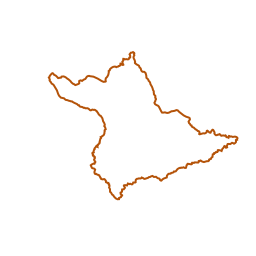 San Francisco, Putumayo, Colombia (Equal Earth projection), rotated 308°
{"feature_id": "7082276B24911475844532", "entity_name": "San Francisco", "entity_type": "district", "adm_level": 2, "iso_a3": "COL", "parent_name": "Colombia", "parent_adm1": "Putumayo", "projection": "equal_earth", "projection_center": [-76.835, 1.148], "detail": "fine", "context": "isolated", "style": "outline", "palette": "amber", "viewbox_px": 256, "rotation_deg": 308, "n_neighbors": 0, "source": "geoboundaries", "source_scale": "gbopen_adm2", "svg_char_len": 5893}
<svg xmlns="http://www.w3.org/2000/svg" viewBox="0 0 256 256"><g transform="rotate(308 128 128)"><path d="M75.7,121.6L74.4,124.0L74.4,124.6L75.2,126.5L75.0,127.7L72.9,128.5L72.2,129.0L71.6,130.0L71.6,130.6L72.2,131.0L72.4,132.8L72.7,133.2L73.0,134.5L72.7,134.8L72.3,136.2L71.8,136.7L71.8,137.6L71.3,138.3L72.0,139.8L72.7,140.3L73.1,140.7L73.2,141.2L72.8,143.0L71.8,143.9L71.8,144.4L72.1,144.8L72.1,146.0L72.6,146.4L72.1,147.0L72.1,147.8L71.9,148.0L71.4,148.0L71.1,149.0L70.4,149.4L69.5,149.7L68.7,151.5L66.7,153.1L66.6,153.6L66.7,154.3L65.8,156.4L65.9,158.0L65.4,158.9L65.0,161.7L65.4,163.6L66.4,164.7L67.3,164.0L69.2,165.0L70.0,164.6L71.1,165.0L71.4,164.8L71.5,162.8L72.5,161.9L73.5,162.4L74.2,162.4L75.9,161.2L77.1,162.4L79.0,162.4L79.9,160.3L80.5,160.2L81.5,161.3L82.1,162.6L84.2,162.1L84.6,163.6L85.4,164.0L85.9,165.7L86.4,166.1L88.3,165.7L89.4,167.2L90.0,167.4L90.5,166.9L92.1,166.0L93.4,166.3L94.2,167.1L94.9,167.5L95.9,168.9L96.8,169.4L97.4,169.3L97.8,170.7L97.9,172.1L98.3,172.6L101.1,174.5L102.1,174.7L103.1,175.6L104.0,175.9L105.3,176.8L105.4,178.6L106.8,180.1L106.7,182.2L107.4,183.8L107.2,184.6L106.7,185.4L106.8,186.3L107.1,186.7L108.7,186.8L110.2,187.3L112.9,189.0L114.5,188.0L116.8,188.1L118.3,189.7L119.2,189.7L120.3,190.7L121.1,191.1L122.1,191.0L122.4,191.6L123.3,192.3L126.1,192.3L127.5,192.8L128.8,193.6L129.0,194.2L129.6,194.4L130.3,195.4L131.2,195.9L131.6,197.6L132.4,198.2L134.7,197.1L135.7,197.3L136.2,197.0L136.6,197.1L138.3,200.2L138.9,200.5L139.6,199.9L140.1,199.9L141.1,201.5L141.7,201.5L142.1,201.9L144.0,204.6L144.5,204.7L145.5,204.1L146.2,204.9L146.9,205.0L147.1,205.2L147.2,207.1L147.9,208.8L150.3,210.5L151.2,211.6L152.3,211.9L152.9,211.4L153.4,211.4L154.7,212.4L156.0,212.0L157.2,212.4L159.4,211.0L160.5,211.8L161.2,211.3L162.3,212.2L163.0,212.0L164.1,213.2L165.0,213.1L165.5,212.5L165.8,212.4L166.4,213.0L167.3,214.8L167.5,215.9L169.7,215.2L170.9,215.4L173.1,215.1L173.2,215.5L172.8,217.4L173.8,218.0L174.8,216.7L175.4,216.8L176.7,216.4L177.5,217.2L178.3,218.5L180.4,219.1L180.8,220.2L180.9,221.2L182.2,221.7L183.5,221.7L185.0,220.4L185.3,220.4L185.9,221.2L186.2,220.9L187.3,220.6L187.6,220.2L187.7,219.1L187.1,217.6L185.4,216.0L185.1,214.8L184.1,213.8L184.2,213.0L183.9,212.4L183.5,212.4L182.2,213.1L182.1,212.4L181.4,211.2L182.2,209.8L182.2,209.3L181.3,208.8L180.8,207.6L179.3,206.3L179.6,204.3L179.5,203.9L178.7,203.7L178.4,203.1L177.2,202.5L176.5,201.8L176.5,200.3L176.9,199.4L177.7,199.0L178.1,198.4L178.9,196.4L178.8,195.8L178.5,195.6L176.8,195.6L175.1,195.9L174.6,195.0L174.8,192.7L174.7,192.1L174.2,191.9L173.2,192.5L172.2,192.4L170.9,191.8L170.1,190.5L167.2,188.4L167.1,187.8L168.7,187.0L169.0,186.3L169.0,185.5L168.6,184.8L168.8,183.0L168.5,182.1L168.8,179.7L168.4,178.0L168.5,177.2L169.1,176.6L168.9,176.1L168.9,175.3L169.4,174.2L169.4,173.2L170.3,171.8L172.9,171.5L173.7,170.6L173.7,169.6L172.7,166.9L172.2,164.1L172.2,158.5L172.5,156.3L171.9,155.1L170.3,154.2L168.6,152.7L168.0,152.0L165.5,150.9L164.3,150.0L163.6,148.9L163.1,147.5L161.8,146.3L161.1,145.4L161.5,144.1L163.9,139.0L164.0,137.8L163.6,136.2L163.5,135.1L163.5,134.6L164.1,133.3L166.1,132.9L166.7,132.5L167.8,132.4L168.3,131.9L168.6,130.8L169.2,130.6L170.2,129.6L170.1,129.3L170.6,127.6L171.4,127.0L171.6,126.6L172.8,125.7L173.4,124.2L174.3,123.1L175.3,121.4L176.4,118.6L177.0,118.0L177.5,117.2L177.8,116.3L177.9,115.2L178.7,114.0L178.9,111.6L180.5,110.2L182.1,108.1L182.3,106.3L181.3,104.9L181.2,103.9L181.7,102.7L182.7,101.4L182.9,100.5L182.8,99.9L183.8,98.3L183.7,97.2L183.4,95.7L183.4,93.6L183.6,93.3L184.4,93.0L185.6,91.4L186.3,89.8L187.0,88.9L187.9,88.4L189.1,88.3L189.9,87.2L190.5,87.2L191.0,86.6L190.9,85.2L189.9,84.8L189.1,83.9L187.0,83.9L186.4,85.1L185.1,86.2L184.9,86.3L184.2,85.7L183.2,86.1L182.5,86.1L181.7,85.3L181.4,84.5L180.2,83.3L180.0,82.3L179.6,81.7L179.2,81.9L179.1,82.4L177.7,82.8L176.8,82.7L175.5,84.2L175.2,85.2L174.9,85.4L174.3,84.8L174.2,84.2L174.5,83.4L174.3,82.6L174.1,82.4L172.7,83.3L171.7,83.1L171.1,82.5L170.3,82.4L169.4,81.6L168.7,81.3L168.6,80.4L168.4,79.9L167.1,78.7L165.5,78.0L163.6,77.6L162.8,77.7L162.2,78.1L161.0,77.7L160.2,78.5L157.8,79.7L155.6,80.1L153.5,79.9L152.2,80.6L151.0,81.8L150.7,81.7L149.3,80.3L148.8,78.3L148.3,73.9L147.2,69.2L145.4,66.1L145.1,65.2L144.0,64.3L143.5,64.1L142.8,64.0L140.4,64.2L138.8,63.3L136.8,62.8L136.5,61.5L135.2,60.6L134.7,60.8L133.1,62.1L132.2,61.8L129.5,60.2L129.3,59.5L129.4,58.8L129.0,57.5L129.1,55.2L129.5,54.0L129.7,51.1L129.5,49.8L129.6,48.3L129.4,46.7L129.0,45.5L127.6,44.0L126.4,44.2L125.1,42.8L124.7,42.7L124.3,42.2L124.6,40.7L124.8,39.1L124.7,38.2L124.4,37.1L124.8,35.6L124.8,34.9L124.3,34.5L122.6,34.3L120.8,34.3L119.9,34.7L119.1,34.5L118.1,36.5L117.4,36.7L117.1,37.2L116.7,38.3L116.7,38.9L116.0,40.4L116.2,42.2L116.1,43.0L113.9,48.8L111.9,51.9L111.0,53.8L110.6,56.4L112.0,59.3L111.8,60.9L111.9,61.8L112.6,63.0L113.2,65.0L113.6,65.6L113.7,66.3L114.5,67.5L114.4,68.0L114.8,70.4L115.5,73.2L115.3,74.5L115.8,75.5L115.3,76.3L115.4,77.2L116.4,79.1L116.6,80.7L117.2,81.3L117.3,82.3L118.7,84.0L118.9,85.4L118.7,86.9L118.8,87.5L119.4,88.1L120.5,88.5L121.2,89.9L121.7,90.3L122.0,91.2L121.9,91.9L122.1,92.6L121.9,93.0L121.8,93.8L121.5,94.3L121.3,95.4L120.8,96.3L120.5,98.2L120.8,99.0L119.9,101.8L117.9,104.4L117.6,105.4L117.1,106.5L116.2,107.8L114.9,108.1L114.5,109.5L113.3,111.2L112.1,110.9L111.4,111.2L111.1,111.7L110.4,111.9L109.3,112.7L107.7,113.2L105.8,112.8L105.3,112.5L104.8,112.5L104.1,112.1L103.8,112.8L103.5,113.0L102.7,112.8L100.1,113.9L99.7,114.4L99.1,114.3L98.3,115.0L96.2,114.5L95.7,115.0L94.6,115.1L94.3,115.5L94.1,114.8L94.3,114.2L93.8,114.1L93.2,114.3L91.2,114.2L90.7,114.8L89.8,114.7L88.1,115.4L87.7,116.0L87.0,115.5L86.5,115.3L85.9,115.7L85.6,116.8L85.0,116.9L84.6,117.4L84.9,118.1L84.8,119.6L84.2,120.2L83.8,120.0L83.5,120.5L82.1,120.8L81.6,121.7L81.4,122.9L80.7,123.4L80.5,123.5L79.5,123.1L79.1,123.4L78.8,122.8L77.0,121.9L75.7,121.6Z" fill="none" stroke="#b45309" stroke-width="2"/></g></svg>